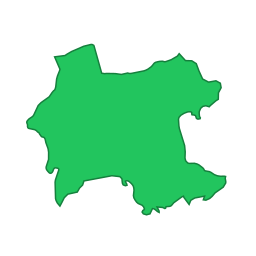 the Prefecture of Gaoual, rotated 170°
{"feature_id": "GIN-5639", "entity_name": "Gaoual", "entity_type": "Prefecture", "adm_level": 1, "iso_a3": "GIN", "parent_name": "Guinea", "parent_adm1": "", "projection": "mercator", "projection_center": [-13.344, 11.72], "detail": "fine", "context": "isolated", "style": "filled", "palette": "green", "viewbox_px": 256, "rotation_deg": 170, "n_neighbors": 0, "source": "natural_earth", "source_scale": "10m", "svg_char_len": 2908}
<svg xmlns="http://www.w3.org/2000/svg" viewBox="0 0 256 256"><g transform="rotate(170 128 128)"><path d="M64.4,47.6L74.4,47.5L78.7,45.9L81.1,42.1L85.0,49.9L85.2,51.2L87.0,50.8L96.0,46.4L98.2,44.5L99.3,43.8L100.6,43.6L104.2,43.9L104.9,42.5L105.7,42.3L107.6,43.7L113.1,45.2L111.8,40.9L112.0,39.5L113.5,40.6L114.7,42.1L116.3,43.8L117.9,44.4L121.3,39.6L123.0,39.5L124.8,39.3L127.8,40.8L128.7,42.8L127.7,44.2L126.6,44.6L125.9,45.3L126.3,47.6L127.5,49.5L129.0,50.5L131.1,51.9L132.4,53.5L133.5,55.8L134.3,58.1L134.4,60.5L132.9,65.6L132.7,68.0L133.0,70.3L134.1,72.4L135.2,73.9L136.5,75.4L138.1,76.3L139.8,76.1L139.7,75.0L139.0,73.2L138.9,71.8L140.6,71.6L142.6,72.8L143.1,74.5L143.0,76.6L142.8,78.8L143.2,79.7L144.4,81.5L147.4,82.4L152.2,83.8L180.6,83.5L182.6,79.7L186.1,77.3L189.1,73.7L198.7,73.3L202.9,70.4L206.1,66.1L208.6,62.9L210.6,66.4L211.4,69.0L211.5,69.9L211.6,71.1L209.2,87.3L208.5,89.4L203.4,98.8L203.4,99.8L204.0,100.5L205.0,100.9L206.1,101.3L206.9,101.4L207.7,101.1L208.4,100.4L209.7,98.2L210.5,97.4L211.4,96.9L212.4,96.9L213.1,97.3L213.6,97.9L214.6,99.5L215.4,101.1L215.6,102.3L215.5,103.3L215.3,104.0L211.7,110.8L210.4,117.9L210.3,121.5L211.4,127.8L211.5,130.4L211.6,131.7L211.9,132.4L212.2,133.1L212.8,133.6L214.3,134.2L214.8,134.7L215.5,136.1L216.2,137.6L216.4,138.4L216.7,139.0L217.6,139.7L217.9,140.1L218.2,140.6L218.6,141.2L219.1,141.7L219.7,142.2L220.3,142.6L225.5,144.7L226.2,145.1L226.6,145.9L226.7,146.9L226.4,148.5L226.5,149.5L226.7,150.4L226.7,151.2L226.3,152.2L224.8,153.5L223.8,154.2L220.6,155.6L219.3,156.4L218.4,157.4L212.5,165.8L209.2,168.1L200.8,172.1L200.1,172.5L196.7,176.0L194.8,177.6L194.1,177.9L193.5,178.3L192.8,179.4L192.0,181.1L189.8,188.6L188.3,191.7L185.5,196.2L184.8,197.7L187.9,210.8L177.3,210.3L176.0,211.0L170.3,213.1L157.4,216.2L149.9,216.7L148.9,216.5L147.4,215.4L147.2,214.7L144.4,186.5L142.2,185.8L141.5,185.5L140.0,185.5L131.2,183.8L125.2,181.9L118.7,182.2L117.8,181.7L116.6,181.3L115.0,181.2L102.3,181.5L100.1,181.9L97.9,182.6L94.3,184.4L92.7,185.7L91.6,186.7L90.7,187.4L89.4,187.9L87.0,188.1L85.2,188.1L82.6,187.8L81.8,187.5L81.2,187.2L80.6,186.9L79.4,186.8L73.8,187.7L66.9,190.2L64.7,192.3L59.7,184.4L53.5,183.1L49.6,179.5L48.2,171.8L46.0,163.3L40.7,159.2L33.2,159.2L29.3,156.1L29.3,151.5L32.8,147.0L34.1,140.6L36.8,139.5L43.2,135.7L44.3,134.8L47.5,136.4L50.5,136.3L53.0,134.8L54.9,131.9L55.3,130.5L55.6,127.1L55.0,125.4L55.4,124.6L57.6,124.6L58.9,125.5L59.4,128.5L60.6,129.3L62.7,129.9L62.8,130.9L62.5,132.0L63.4,133.1L66.3,133.5L70.1,132.8L73.7,131.4L76.0,129.6L76.8,127.7L77.5,121.2L77.5,118.5L75.3,100.8L75.8,94.6L77.1,88.5L76.9,85.7L75.3,83.2L73.9,82.5L68.7,81.7L66.3,80.6L64.6,79.4L61.3,75.8L60.5,74.4L60.2,73.2L59.5,72.4L55.4,70.9L54.0,69.9L51.1,67.1L48.3,65.4L45.3,64.4L41.5,63.8L40.3,63.3L41.0,61.6L41.0,58.4L41.3,56.9L44.5,53.2L53.5,49.0L57.0,46.1L59.8,44.4L63.8,43.4L66.3,44.2L64.4,47.6Z" fill="#22c55e" stroke="#15803d" stroke-width="1.5"/></g></svg>